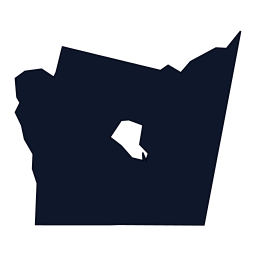 outline of Henry, Virginia, United States of America
{"feature_id": "52423323B91986151579655", "entity_name": "Henry", "entity_type": "district", "adm_level": 2, "iso_a3": "USA", "parent_name": "United States of America", "parent_adm1": "Virginia", "projection": "natural_earth1", "projection_center": [-79.909, 36.699], "detail": "fine", "context": "isolated", "style": "filled", "palette": "ink", "viewbox_px": 256, "rotation_deg": 0, "n_neighbors": 0, "source": "geoboundaries", "source_scale": "gbopen_adm2", "svg_char_len": 684}
<svg xmlns="http://www.w3.org/2000/svg" viewBox="0 0 256 256"><path d="M41.6,69.2L25.0,71.4L15.4,78.4L17.0,97.2L20.2,102.7L15.4,112.3L21.7,125.4L24.6,139.2L33.2,154.0L32.6,168.8L37.3,183.3L35.6,224.5L48.6,224.6L66.1,224.6L78.3,224.6L78.6,224.6L101.9,224.6L109.6,224.6L116.1,224.4L118.2,224.3L203.9,224.9L216.0,161.1L216.5,158.3L220.7,136.5L240.6,31.1L226.5,48.6L216.0,48.0L190.6,61.6L180.9,72.9L168.1,65.3L160.5,70.6L95.4,54.9L62.5,46.9L56.3,72.1L53.9,77.4L41.6,69.2ZM109.9,137.2L121.2,120.3L128.9,119.7L143.0,124.9L141.8,132.6L139.8,144.4L148.5,153.4L146.0,160.5L142.7,152.5L143.1,160.7L131.9,158.0L121.1,145.8L109.9,137.2Z" fill="#0f172a" stroke="#020617" stroke-width="1.5"/></svg>